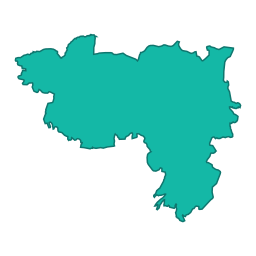 the district of Manono, Katanga, Democratic Republic of the Congo
{"feature_id": "63176286B74212537268608", "entity_name": "Manono", "entity_type": "district", "adm_level": 2, "iso_a3": "COD", "parent_name": "Democratic Republic of the Congo", "parent_adm1": "Katanga", "projection": "natural_earth1", "projection_center": [27.399, -7.421], "detail": "fine", "context": "isolated", "style": "filled", "palette": "teal", "viewbox_px": 256, "rotation_deg": 0, "n_neighbors": 0, "source": "geoboundaries", "source_scale": "gbopen_adm2", "svg_char_len": 5738}
<svg xmlns="http://www.w3.org/2000/svg" viewBox="0 0 256 256"><path d="M15.8,58.3L15.4,60.2L15.7,61.0L17.4,61.2L17.7,62.2L17.5,63.6L17.9,64.8L19.8,65.6L21.8,66.0L22.2,68.4L23.1,68.3L24.0,68.8L24.7,68.6L25.7,68.9L25.8,70.7L22.6,70.4L22.6,71.2L21.4,73.4L21.5,74.5L21.0,75.3L18.5,76.1L18.0,76.9L18.2,77.7L19.1,78.8L23.7,79.8L24.1,80.3L23.8,81.7L22.5,83.3L23.1,84.5L27.1,84.7L29.2,83.0L32.5,82.9L32.8,83.7L32.8,85.3L32.2,87.0L34.0,91.2L36.8,92.4L37.6,92.3L38.2,91.7L39.1,89.5L40.5,90.3L42.4,92.4L44.4,93.0L47.4,93.1L48.5,92.5L49.0,91.7L50.2,91.9L54.4,94.1L53.7,96.8L54.0,98.0L53.0,101.9L52.1,102.6L48.0,103.4L45.8,109.7L46.0,110.2L45.6,111.2L45.5,113.0L45.9,113.0L46.0,113.4L45.1,115.0L43.6,119.1L45.2,123.6L47.1,123.2L48.9,127.7L50.2,127.5L50.5,126.7L49.2,123.5L49.2,122.5L50.2,122.0L51.5,122.9L52.4,124.5L53.2,129.1L53.9,128.8L54.3,127.5L55.2,126.7L56.4,126.8L57.3,127.4L57.8,128.1L58.0,130.8L58.8,131.9L61.8,132.5L64.7,135.4L65.4,135.5L66.2,136.2L67.8,136.5L67.8,139.2L68.7,140.4L69.5,139.9L70.4,140.1L71.1,139.8L71.9,138.6L71.5,138.0L71.7,137.6L74.8,140.2L76.1,139.8L77.0,138.8L77.9,138.6L79.5,139.2L80.6,140.3L80.9,142.6L82.1,142.6L81.8,143.8L81.1,144.6L80.6,147.3L83.9,147.6L90.1,148.8L91.4,148.2L92.5,148.3L92.6,147.3L93.7,147.9L96.0,148.3L100.6,147.6L103.3,148.1L107.6,146.9L113.7,146.2L114.5,145.9L114.0,144.1L114.5,141.0L114.0,138.5L114.7,135.0L115.2,134.1L115.5,134.6L117.0,135.3L118.0,137.4L118.9,138.0L119.0,138.8L119.4,139.3L125.0,139.1L125.2,138.2L126.1,136.6L128.5,135.5L130.3,133.4L131.9,132.8L132.4,133.4L132.6,134.4L132.1,136.7L132.2,138.6L136.7,137.3L137.1,136.7L136.8,134.0L137.7,133.7L139.2,134.0L141.2,135.3L143.0,135.9L143.8,136.6L144.8,138.0L144.8,138.7L143.8,141.2L144.3,142.5L146.2,143.3L146.9,144.4L147.2,146.4L150.0,149.7L150.4,151.3L151.0,151.7L148.3,153.5L147.6,154.6L147.1,157.6L147.4,162.4L148.2,164.3L152.4,169.9L153.4,170.8L155.9,171.1L159.1,169.7L160.4,167.8L161.9,168.4L161.9,171.4L165.1,172.1L165.5,173.6L165.6,175.1L164.6,177.2L164.6,178.5L163.9,179.6L163.5,181.3L159.7,188.3L159.2,188.5L156.7,190.7L155.6,193.7L153.8,195.3L153.8,196.5L154.4,197.3L155.2,196.2L156.8,194.9L158.6,195.7L158.9,195.4L161.3,195.2L165.1,194.0L165.6,194.2L164.3,196.2L162.8,197.8L160.7,199.2L157.3,202.3L155.6,204.5L154.8,206.0L156.0,205.8L157.0,204.8L157.8,204.7L158.0,205.3L156.6,209.2L157.3,209.7L159.1,208.0L160.0,204.9L161.4,203.1L161.8,202.1L162.7,201.3L163.4,200.1L164.5,199.7L164.2,204.1L163.9,204.6L164.0,205.8L165.4,205.7L167.3,206.3L168.4,205.9L168.5,205.4L169.2,205.8L169.7,207.2L174.2,208.3L175.2,206.8L175.2,205.4L175.9,204.1L176.3,204.2L176.5,204.7L176.1,205.6L176.3,208.0L176.7,208.9L176.3,211.3L175.6,212.5L176.3,215.4L176.2,216.7L176.7,216.9L177.1,217.7L177.9,218.0L179.1,219.0L179.9,220.4L182.5,221.5L183.2,221.5L184.7,220.7L182.5,215.4L182.8,215.0L184.3,216.2L185.4,216.5L186.2,214.9L188.2,214.4L190.6,212.5L192.6,208.9L194.0,208.5L195.3,206.6L196.3,206.1L198.8,206.5L198.9,209.1L199.6,209.4L202.1,209.1L210.6,199.9L212.6,198.4L213.2,197.1L212.1,192.1L212.4,187.1L216.5,183.5L220.2,173.8L220.5,172.4L220.2,171.5L218.4,170.1L215.7,169.4L212.6,167.3L212.0,164.7L208.2,162.6L206.8,162.5L206.4,161.4L207.4,159.5L209.8,156.4L210.6,153.8L211.1,153.1L213.4,153.2L215.0,152.4L215.4,151.3L216.1,151.0L212.7,145.6L209.9,145.2L209.6,144.1L209.7,143.1L211.8,137.9L213.0,137.1L214.0,137.0L215.5,138.6L216.8,137.8L217.9,138.5L219.9,138.5L222.7,137.1L223.7,137.1L225.3,137.6L226.9,136.9L229.1,136.6L230.2,137.4L232.0,137.1L232.7,136.5L232.7,134.1L231.8,132.4L231.0,129.5L230.5,128.9L230.4,126.7L230.0,126.2L230.0,123.2L231.4,123.4L231.9,122.7L232.3,122.8L233.1,122.0L233.8,122.5L234.7,122.6L235.6,122.3L236.4,121.3L236.7,121.4L237.5,120.0L238.0,116.4L235.7,114.7L233.8,113.9L232.8,111.9L229.7,108.5L229.5,106.9L230.1,106.7L230.8,107.1L231.7,107.1L232.3,106.8L232.5,107.0L232.2,107.6L233.6,108.1L234.3,107.9L234.8,108.4L236.3,108.5L237.2,107.9L238.0,107.9L238.2,107.1L238.5,107.0L238.9,107.4L239.4,107.2L240.0,107.6L240.6,105.4L239.7,103.8L238.5,103.0L237.3,102.8L236.3,103.4L235.5,103.2L234.7,102.4L233.0,102.1L231.2,101.1L229.5,91.8L227.8,88.4L228.0,86.4L228.7,85.1L228.3,81.9L227.3,81.1L227.2,82.0L226.4,82.4L224.8,82.2L223.4,80.4L223.7,77.4L223.8,71.4L224.8,62.0L226.0,59.7L227.7,57.7L230.2,56.5L232.5,51.5L233.4,49.2L233.4,48.1L224.0,46.9L219.0,49.5L216.3,48.8L214.3,47.7L211.1,47.0L210.4,46.3L209.5,46.0L207.1,46.6L206.7,47.0L206.7,47.8L207.4,50.1L208.4,50.1L208.8,50.3L209.1,50.9L209.1,55.1L205.5,58.6L202.8,60.8L201.9,60.6L199.5,57.1L198.6,56.5L196.8,56.1L196.0,51.7L194.8,51.9L193.0,53.0L191.0,53.4L186.9,51.4L183.0,50.7L181.9,50.2L180.6,48.8L178.9,46.0L178.5,44.0L179.3,41.9L177.3,41.3L173.4,45.4L172.2,46.1L170.9,46.4L168.5,46.1L165.3,45.0L163.8,44.9L161.5,46.1L158.7,46.7L153.4,45.4L150.5,45.5L149.0,45.9L147.1,47.4L144.6,50.9L142.0,52.4L140.6,52.5L140.5,53.4L139.6,54.9L138.5,59.1L137.5,60.9L135.7,59.2L126.3,55.5L123.0,53.2L116.7,54.6L113.6,54.4L112.3,53.1L111.0,52.7L105.1,52.7L99.3,53.1L97.6,53.7L93.7,54.3L93.8,47.4L94.8,43.7L94.9,40.4L95.2,38.3L94.9,36.5L96.2,36.5L95.8,36.2L94.6,36.1L94.1,34.9L92.5,35.0L90.8,34.5L90.5,34.7L90.6,35.4L89.5,35.4L89.1,35.9L88.5,35.6L87.8,35.9L87.2,35.7L85.9,36.7L84.5,36.8L83.3,36.1L82.2,36.2L82.0,36.5L81.3,36.2L80.1,36.4L79.2,37.4L78.2,37.1L76.8,37.7L76.2,38.8L75.2,38.3L73.5,39.7L72.5,41.0L70.8,42.2L70.6,42.9L68.4,44.6L67.8,47.0L66.7,47.9L67.2,50.1L66.4,51.1L65.8,52.8L65.2,53.0L65.1,55.1L64.1,56.1L61.7,57.5L61.6,58.0L60.5,57.8L60.4,57.4L57.2,53.4L57.6,52.0L56.9,51.1L56.1,51.0L55.5,50.3L53.4,49.2L50.8,48.8L45.5,49.0L43.4,49.5L39.7,51.6L36.7,51.3L35.8,52.0L35.2,52.1L33.4,51.7L33.6,52.3L33.5,52.6L32.9,52.5L31.5,53.4L30.9,53.4L30.2,54.5L29.7,54.7L27.6,54.2L25.3,55.1L24.1,55.2L20.6,57.6L18.1,57.6L15.8,58.3Z" fill="#14b8a6" stroke="#0f766e" stroke-width="1.5"/></svg>